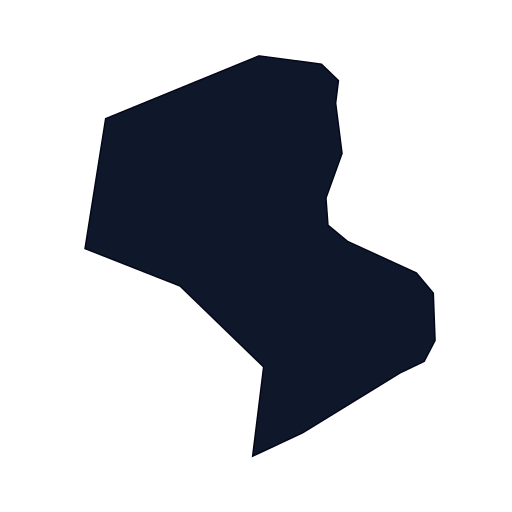 SVG path tracing the border of Airai, rotated 258°
{"feature_id": "PLW-5245", "entity_name": "Airai", "entity_type": "state/province", "adm_level": 1, "iso_a3": "PLW", "parent_name": "Palau", "parent_adm1": "", "projection": "mercator", "projection_center": [134.557, 7.394], "detail": "fine", "context": "isolated", "style": "filled", "palette": "ink", "viewbox_px": 512, "rotation_deg": 258, "n_neighbors": 0, "source": "natural_earth", "source_scale": "10m", "svg_char_len": 408}
<svg xmlns="http://www.w3.org/2000/svg" viewBox="0 0 512 512"><g transform="rotate(258 256 256)"><path d="M421.6,137.5L451.1,300.5L430.0,359.9L410.4,373.1L389.0,365.7L338.5,361.5L298.2,336.5L271.2,332.8L251.2,348.6L206.0,409.4L182.8,421.7L136.2,413.6L118.0,398.6L111.7,372.6L73.4,264.9L60.9,211.1L145.9,240.4L242.4,175.5L298.8,90.3L421.6,137.5Z" fill="#0f172a" stroke="#020617" stroke-width="1.5"/></g></svg>